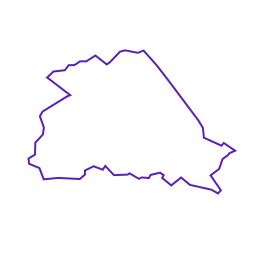 the district of Wyoming, West Virginia, United States of America, rotated 352°
{"feature_id": "52423323B33897242247324", "entity_name": "Wyoming", "entity_type": "district", "adm_level": 2, "iso_a3": "USA", "parent_name": "United States of America", "parent_adm1": "West Virginia", "projection": "albers", "projection_center": [-81.547, 37.602], "detail": "fine", "context": "isolated", "style": "outline", "palette": "violet", "viewbox_px": 256, "rotation_deg": 352, "n_neighbors": 0, "source": "geoboundaries", "source_scale": "gbopen_adm2", "svg_char_len": 900}
<svg xmlns="http://www.w3.org/2000/svg" viewBox="0 0 256 256"><g transform="rotate(352 128 128)"><path d="M202.0,200.7L208.0,205.3L211.3,202.6L203.2,186.4L212.6,181.2L217.4,171.8L223.0,168.9L224.9,167.1L230.9,165.4L220.8,156.2L218.1,158.5L201.8,148.2L202.2,138.4L198.5,129.8L174.1,85.6L165.2,70.0L154.2,53.5L148.2,54.9L136.0,50.7L130.7,51.3L119.3,60.3L115.8,62.1L105.8,51.7L95.9,56.2L89.8,55.3L83.9,58.2L77.9,57.6L73.5,62.0L62.0,61.7L55.0,66.8L69.6,81.6L75.3,87.4L71.9,88.3L45.7,99.8L42.4,104.1L44.8,115.9L42.8,122.6L34.2,129.6L32.2,141.4L25.2,144.4L25.1,149.7L34.7,155.3L37.4,167.1L51.9,167.7L73.1,171.8L78.8,168.3L79.5,164.1L88.6,161.1L97.2,165.8L100.2,162.4L107.5,172.7L121.0,174.1L123.3,173.2L131.7,179.8L134.8,178.9L141.7,180.5L143.8,177.6L153.4,176.7L156.8,179.6L154.9,182.3L160.8,188.6L162.8,190.9L173.7,184.4L181.5,193.0L202.0,200.7Z" fill="none" stroke="#5b21b6" stroke-width="2"/></g></svg>